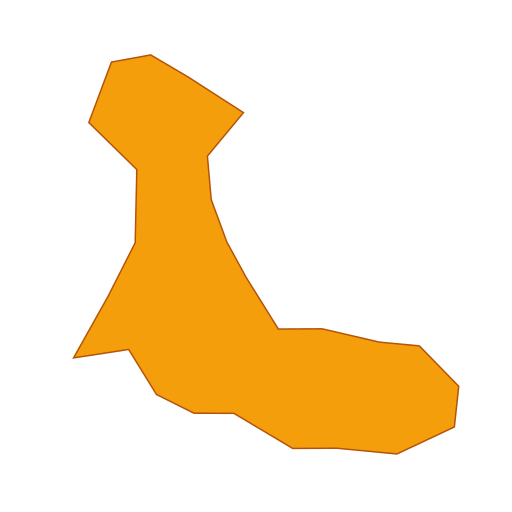 Episkopeio, Nicosia, Cyprus, rotated 265°
{"feature_id": "46923920B68080164280188", "entity_name": "Episkopeio", "entity_type": "district", "adm_level": 2, "iso_a3": "CYP", "parent_name": "Cyprus", "parent_adm1": "Nicosia", "projection": "equal_earth", "projection_center": [33.228, 35.035], "detail": "fine", "context": "isolated", "style": "filled", "palette": "amber", "viewbox_px": 512, "rotation_deg": 265, "n_neighbors": 0, "source": "geoboundaries", "source_scale": "gbopen_adm2", "svg_char_len": 490}
<svg xmlns="http://www.w3.org/2000/svg" viewBox="0 0 512 512"><g transform="rotate(265 256 256)"><path d="M461.8,128.9L403.5,101.1L352.5,144.8L279.7,136.8L228.7,105.1L170.4,65.4L174.0,121.0L126.7,144.8L104.8,180.5L101.2,220.2L61.1,275.8L57.5,319.5L46.5,379.1L68.4,438.7L108.5,446.6L152.2,410.9L159.5,371.2L177.7,315.5L181.3,271.9L236.0,244.1L272.4,228.2L316.1,216.3L359.8,216.3L399.9,256.0L440.0,204.3L465.5,168.6L461.8,128.9Z" fill="#f59e0b" stroke="#b45309" stroke-width="1.5"/></g></svg>